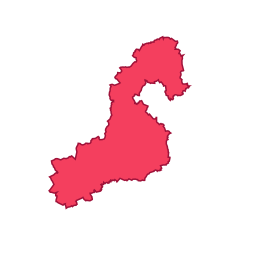 outline of Baltinglass Lea-6, Wicklow, Ireland, rotated 208°
{"feature_id": "5873133B22148829487271", "entity_name": "Baltinglass Lea-6", "entity_type": "district", "adm_level": 2, "iso_a3": "IRL", "parent_name": "Ireland", "parent_adm1": "Wicklow", "projection": "mercator", "projection_center": [-6.547, 52.958], "detail": "fine", "context": "isolated", "style": "filled", "palette": "rose", "viewbox_px": 256, "rotation_deg": 208, "n_neighbors": 0, "source": "geoboundaries", "source_scale": "gbopen_adm2", "svg_char_len": 5925}
<svg xmlns="http://www.w3.org/2000/svg" viewBox="0 0 256 256"><g transform="rotate(208 128 128)"><path d="M174.5,58.5L172.1,56.5L170.9,56.5L170.5,56.1L170.0,56.3L169.1,55.7L169.1,55.1L170.4,54.7L171.0,53.7L171.6,51.7L174.3,48.0L172.8,47.6L171.3,46.2L169.9,45.6L166.9,43.4L167.8,36.9L168.2,35.6L166.6,34.8L165.2,35.4L162.5,35.9L160.7,37.7L161.0,36.5L160.8,35.7L160.1,34.4L159.7,34.2L159.0,34.7L158.6,34.2L158.3,33.6L157.7,30.7L157.0,29.3L156.2,29.5L154.6,29.2L149.2,29.4L148.8,29.9L148.8,30.8L148.0,31.5L148.0,31.2L146.2,29.8L144.9,28.1L143.9,29.9L142.1,31.3L141.1,32.9L140.2,32.5L139.4,34.3L137.6,35.4L137.7,36.7L137.3,36.9L138.3,38.0L139.6,38.8L139.3,39.2L139.5,39.8L135.7,44.6L135.2,45.6L133.2,44.3L131.1,44.0L131.0,44.5L127.4,45.9L126.0,48.1L126.2,48.6L127.5,49.9L127.4,50.2L129.9,51.6L130.8,52.6L129.5,53.4L128.0,55.2L127.9,56.0L128.7,56.7L128.7,57.5L127.5,57.3L127.2,56.4L127.0,56.9L125.8,56.6L122.9,59.1L123.2,59.9L122.4,60.2L122.5,61.4L123.0,61.2L123.3,62.2L123.3,63.7L122.9,63.8L122.9,64.2L125.3,65.3L124.7,66.3L123.7,66.0L123.1,66.8L123.9,68.6L122.2,68.2L121.7,69.5L121.1,70.0L120.7,70.2L119.8,69.8L118.9,70.8L119.5,71.6L119.4,72.1L117.9,72.4L118.1,73.6L118.8,73.6L118.8,74.0L117.3,74.0L116.9,75.0L115.4,75.1L115.5,75.9L115.4,76.3L113.3,75.9L112.5,75.3L111.4,79.8L106.4,80.2L105.1,81.3L104.2,81.0L103.3,83.5L100.1,83.7L99.6,85.1L97.1,86.5L96.1,86.5L95.3,87.0L94.3,86.3L92.1,87.2L90.5,89.0L89.5,89.1L88.7,89.6L89.5,91.7L89.2,93.2L89.1,96.3L88.0,97.3L87.9,98.6L87.5,99.2L84.7,102.0L84.9,102.5L83.9,103.9L82.5,104.0L81.9,103.6L81.7,104.5L80.6,104.8L79.5,105.7L79.0,106.5L80.1,106.8L79.4,108.3L81.6,110.0L79.7,111.8L77.0,113.3L77.3,113.9L75.9,116.1L76.7,117.2L76.0,118.1L77.0,121.5L77.3,121.8L78.8,121.1L80.6,125.4L80.9,125.3L82.6,127.9L83.1,128.0L84.7,130.2L86.7,131.9L88.0,134.5L88.0,135.8L87.3,136.6L88.7,137.5L88.4,138.7L89.2,139.0L89.4,139.6L88.9,142.2L87.9,143.6L89.0,143.7L90.1,144.3L91.4,144.2L93.4,142.9L95.8,145.2L97.6,146.0L97.5,147.4L99.2,147.9L100.1,147.2L101.0,147.4L102.0,145.7L103.1,146.3L105.0,146.5L105.8,147.1L107.7,150.7L108.1,150.5L107.8,149.7L108.4,148.6L110.1,148.0L115.5,150.3L115.8,149.2L116.1,149.1L117.9,150.1L119.6,150.3L120.1,150.5L120.4,151.2L120.1,152.9L120.6,154.6L120.4,155.4L120.6,156.7L125.5,156.2L128.8,158.5L129.3,157.9L130.2,157.5L130.4,156.8L130.2,155.7L130.8,155.4L130.6,154.4L131.4,154.0L131.3,153.1L133.0,153.1L133.0,153.6L133.3,153.7L133.5,153.4L133.3,153.1L133.6,152.9L134.2,154.2L134.8,154.7L137.7,156.4L138.5,157.4L137.7,158.8L137.5,159.6L137.8,160.1L137.8,161.0L137.6,161.2L137.1,161.0L136.0,161.6L134.5,161.4L133.2,162.0L134.4,164.0L134.0,167.5L134.6,169.5L134.6,171.9L133.4,173.8L133.3,174.3L133.5,175.0L133.3,175.8L134.0,177.3L134.4,177.7L135.1,177.7L135.5,178.4L133.5,178.6L132.0,177.6L130.4,178.1L129.0,178.0L128.6,178.6L125.4,180.0L126.4,181.3L124.9,182.6L123.8,184.7L123.5,184.2L121.2,183.0L120.5,184.2L118.3,183.4L117.8,182.9L117.1,182.8L116.3,181.8L115.8,182.4L114.6,182.8L111.8,178.9L112.5,178.2L112.3,177.2L111.3,176.7L109.6,174.8L107.7,175.2L107.1,174.1L106.0,173.6L106.0,173.0L103.7,172.3L103.9,174.0L102.4,173.7L101.8,174.1L101.7,175.2L102.8,176.4L102.9,176.9L102.6,177.3L103.0,177.7L102.0,179.5L100.5,180.1L99.2,179.9L99.0,180.4L97.0,181.3L95.4,183.5L95.4,184.1L96.6,184.4L96.3,184.9L96.6,185.5L96.8,186.8L96.0,187.3L94.9,187.4L95.3,188.0L95.0,189.0L95.5,190.0L94.3,191.5L94.2,192.1L93.5,192.0L93.6,192.6L93.3,193.2L93.8,193.6L93.6,193.9L94.7,193.4L95.8,193.7L96.1,194.0L95.9,194.5L96.6,195.2L97.6,194.1L99.3,193.0L100.6,192.7L101.8,193.6L102.9,195.1L103.0,196.0L105.5,196.6L105.9,197.5L106.1,199.6L106.6,200.6L107.7,201.6L107.8,202.8L107.5,203.5L106.3,204.2L105.9,204.8L110.3,209.7L110.9,210.8L112.2,213.1L112.5,214.8L113.7,216.6L113.4,218.3L114.4,217.3L114.2,216.6L114.9,216.4L116.4,217.7L117.3,218.0L118.0,217.7L118.3,220.7L120.6,221.1L123.3,219.7L123.3,220.8L124.2,221.1L124.2,223.7L124.6,224.9L124.2,225.7L124.1,226.6L125.2,227.9L126.8,226.8L131.7,227.5L132.4,226.4L133.8,227.0L135.2,226.8L138.5,224.9L138.8,224.4L138.7,223.4L140.1,224.9L142.0,222.3L142.0,220.8L143.3,220.7L144.2,219.7L144.0,219.4L145.7,217.8L145.8,216.9L145.4,216.1L146.8,215.4L147.1,214.9L148.0,214.7L147.7,214.0L148.3,213.7L148.2,213.4L149.7,212.8L149.7,212.1L150.9,211.9L152.9,209.6L152.7,209.0L153.0,208.5L154.2,208.8L153.9,207.3L154.2,206.5L154.3,201.7L155.7,202.2L157.6,201.5L157.8,200.5L157.5,199.2L157.9,199.2L157.7,198.6L158.3,197.0L157.7,195.5L157.9,194.0L155.5,193.3L154.2,193.9L153.7,193.8L153.3,192.8L151.9,191.5L151.8,190.2L153.1,189.5L153.9,187.2L154.3,184.2L155.5,182.1L156.1,182.1L157.6,180.9L158.7,180.9L160.1,179.7L160.9,179.6L163.1,178.1L163.5,177.2L161.7,176.5L160.3,175.4L160.4,174.1L160.8,173.0L163.1,172.1L162.5,170.7L163.4,167.2L163.3,166.5L162.2,165.8L160.7,166.0L156.2,164.1L156.7,163.1L159.6,159.7L160.4,159.3L162.2,159.2L163.3,158.5L164.1,157.5L162.5,156.8L162.4,154.8L161.3,152.5L161.1,151.7L161.2,151.1L160.1,148.3L158.2,146.8L157.8,145.7L156.7,144.8L155.6,144.5L155.0,145.1L153.7,145.6L153.2,144.6L153.9,144.6L153.9,143.4L154.4,142.8L154.1,141.7L153.5,141.3L153.4,140.0L152.6,138.4L152.8,137.4L152.4,137.1L152.8,136.9L152.0,136.3L152.1,136.1L151.8,135.5L150.8,134.8L149.9,133.3L148.3,131.7L148.5,130.7L148.3,130.1L148.5,129.8L148.1,127.5L149.3,124.4L148.1,124.0L146.8,122.5L146.5,121.6L146.5,120.9L147.2,119.1L147.2,116.5L146.5,115.0L145.6,114.4L145.6,113.6L145.9,112.2L144.5,110.9L143.9,109.0L143.8,107.3L145.3,105.7L147.5,104.4L148.6,105.0L149.1,106.2L150.3,106.5L151.9,103.5L154.2,102.0L154.1,101.7L154.6,101.1L154.3,100.5L154.8,99.6L154.0,97.7L154.4,96.6L156.0,95.3L156.2,95.6L158.1,94.8L158.7,93.2L160.0,91.8L161.5,91.4L163.0,91.8L164.8,91.1L164.4,89.9L164.4,86.6L164.0,85.4L161.9,82.9L159.9,75.7L164.6,76.9L165.1,75.6L165.7,75.7L166.4,75.0L166.9,73.3L168.3,71.9L170.5,71.1L172.4,68.3L175.8,67.8L177.1,67.2L177.7,66.6L178.2,65.3L180.1,63.0L178.2,60.6L176.2,59.7L175.6,58.7L174.5,58.5Z" fill="#f43f5e" stroke="#9f1239" stroke-width="1.5"/></g></svg>